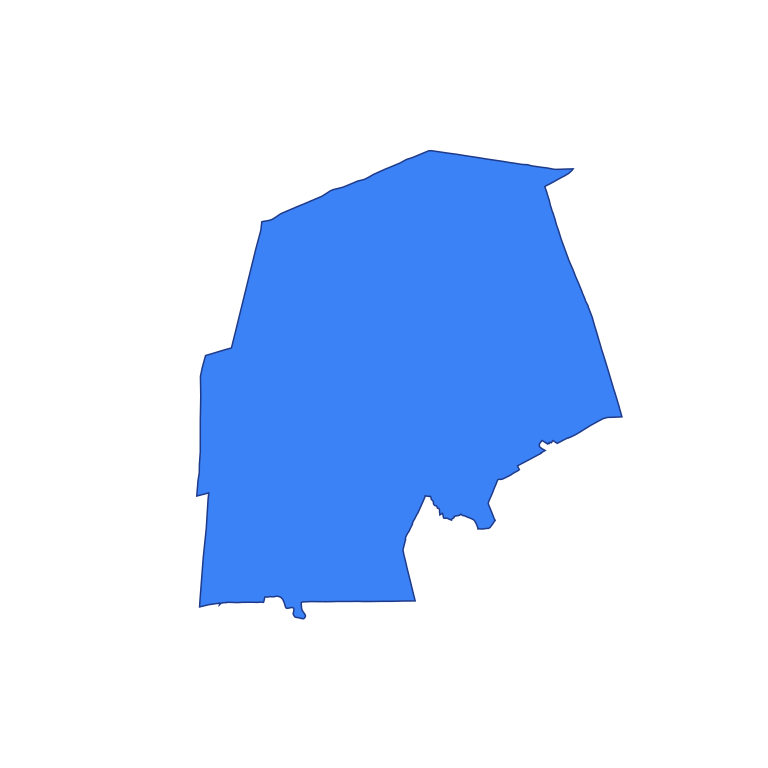 Gratia, Teleorman, Romania, rotated 149°
{"feature_id": "2599482B57030470282711", "entity_name": "Gratia", "entity_type": "district", "adm_level": 2, "iso_a3": "ROU", "parent_name": "Romania", "parent_adm1": "Teleorman", "projection": "mercator", "projection_center": [25.423, 44.436], "detail": "fine", "context": "isolated", "style": "filled", "palette": "blue", "viewbox_px": 768, "rotation_deg": 149, "n_neighbors": 0, "source": "geoboundaries", "source_scale": "gbopen_adm2", "svg_char_len": 6099}
<svg xmlns="http://www.w3.org/2000/svg" viewBox="0 0 768 768"><g transform="rotate(149 384 384)"><path d="M405.2,586.0L410.4,579.2L424.3,565.8L470.3,519.5L486.4,503.3L496.2,493.5L502.3,495.2L522.3,500.3L531.4,491.6L537.4,485.1L547.3,468.0L559.9,447.9L576.4,420.5L583.7,410.1L588.1,403.0L593.4,396.7L598.9,389.0L602.2,384.4L590.3,380.9L594.1,375.9L610.9,351.5L628.2,328.5L653.4,293.0L656.9,287.9L647.9,285.1L637.7,280.8L638.9,279.4L638.5,279.5L638.1,279.8L637.6,279.9L637.0,279.9L636.2,279.9L635.1,279.5L633.8,279.0L631.8,277.8L631.6,278.0L631.1,277.8L627.9,275.8L622.2,272.1L621.3,271.7L620.8,271.3L619.3,270.6L617.3,269.5L614.6,267.9L608.9,264.5L605.8,262.5L603.7,261.3L602.9,261.0L602.5,260.7L601.7,260.4L600.7,259.6L600.1,259.0L599.7,259.0L599.3,259.2L598.7,259.8L595.8,262.8L595.3,262.6L593.7,261.4L591.6,260.6L591.0,260.4L590.0,259.5L587.9,258.3L586.6,257.9L585.4,257.4L584.3,256.7L582.9,255.2L582.1,253.5L581.8,251.7L581.9,249.7L582.2,247.9L582.6,246.2L583.3,243.6L583.3,242.6L583.1,242.1L582.7,241.8L581.7,241.2L578.3,240.0L577.3,239.2L577.0,238.4L577.1,237.5L577.7,236.6L579.2,234.9L580.1,234.0L580.5,232.7L580.4,230.8L580.2,230.0L579.5,229.2L578.3,228.3L575.4,225.4L574.1,224.3L573.5,224.2L572.9,224.3L572.3,224.5L571.1,225.2L570.6,226.1L570.4,227.1L570.7,231.0L570.6,232.4L570.2,234.2L569.0,236.5L567.9,238.7L567.6,239.1L567.2,239.2L566.9,239.3L566.4,239.2L565.9,239.0L564.3,238.2L559.2,235.4L556.9,234.1L553.0,231.6L550.4,230.1L546.4,227.6L541.1,224.5L536.1,221.7L524.3,214.6L521.3,212.9L517.6,210.7L514.4,208.6L507.4,204.4L496.0,197.8L492.2,195.5L488.2,193.1L483.7,190.6L477.6,187.1L469.0,182.0L465.8,192.4L461.8,205.3L458.9,214.8L457.0,220.5L455.0,227.1L453.8,230.4L453.4,231.5L452.7,232.6L449.4,235.8L446.4,238.8L445.7,239.4L445.2,240.5L444.2,241.6L442.9,242.5L440.6,243.9L438.7,244.7L437.8,245.3L436.2,246.4L433.9,247.9L431.9,249.1L431.4,250.0L430.9,250.3L430.1,250.9L429.7,251.3L429.1,251.6L427.8,252.2L425.4,253.7L422.9,255.3L421.9,255.7L421.1,256.2L412.2,262.4L408.1,265.3L406.8,266.4L406.4,266.9L404.2,265.2L402.9,264.1L402.7,264.2L402.0,263.7L402.1,262.6L402.3,262.1L402.7,261.4L402.9,261.0L402.8,260.5L402.6,259.8L402.4,259.0L402.3,258.0L402.4,257.6L403.1,256.2L403.3,255.7L403.3,254.9L403.2,254.1L403.0,253.6L402.3,253.0L402.0,252.7L401.7,251.5L401.8,251.2L402.0,250.8L402.1,250.5L402.1,250.2L402.0,249.9L401.6,249.6L401.4,249.4L401.2,249.1L401.1,248.6L401.2,247.9L401.3,247.4L402.3,245.7L402.9,244.3L403.5,243.0L402.9,243.0L401.3,243.1L400.6,243.1L400.7,242.5L400.8,241.9L401.1,240.7L401.8,239.0L401.9,238.6L401.8,238.4L401.7,238.1L401.4,237.9L400.9,237.5L400.0,237.1L399.6,236.9L399.3,236.7L398.5,235.7L397.7,234.4L396.2,232.5L395.6,233.2L395.2,233.4L394.8,233.4L394.2,233.3L393.6,233.3L392.7,233.5L392.5,234.0L392.3,234.2L392.1,234.3L391.8,234.2L391.2,234.1L390.7,234.0L390.0,233.7L388.4,233.1L387.8,232.8L387.4,232.7L386.8,232.6L386.4,232.6L385.8,232.9L385.4,233.0L385.2,232.9L385.1,232.7L384.8,231.8L384.5,231.1L384.4,230.8L384.2,230.7L383.7,230.3L382.9,229.5L382.2,228.6L380.9,226.7L379.7,225.3L378.7,223.9L378.0,222.9L377.2,221.5L376.9,220.7L376.8,220.1L376.8,219.4L376.9,217.2L377.1,215.3L377.3,214.1L377.7,212.5L378.1,211.2L376.6,210.7L375.7,209.9L374.7,209.2L372.5,208.2L371.5,207.8L370.2,207.2L369.3,206.7L368.9,206.5L368.3,206.4L367.5,206.4L367.1,206.4L366.7,206.5L364.5,207.4L362.2,208.4L360.2,209.4L358.9,209.8L358.9,211.8L358.6,213.5L358.1,216.3L357.5,220.0L356.4,227.2L356.3,227.7L356.0,228.1L355.7,228.5L355.3,228.8L354.8,229.3L351.6,231.6L348.3,233.9L342.7,238.2L340.2,240.0L338.6,241.2L337.0,242.5L336.1,243.1L335.7,243.3L335.4,243.3L335.0,243.2L334.7,243.1L332.8,242.0L331.9,241.6L330.9,241.4L329.6,241.3L327.6,241.1L325.1,240.9L322.1,240.7L320.9,240.8L319.1,240.9L317.7,240.9L314.8,240.7L313.7,240.7L312.1,240.9L312.0,242.1L311.8,244.0L311.7,245.1L302.9,244.6L284.9,243.7L284.9,244.1L283.8,244.1L280.1,244.0L281.2,246.0L281.7,246.7L282.1,247.6L282.5,248.7L283.0,250.4L282.5,251.3L281.9,252.1L281.9,252.4L281.8,252.5L281.5,252.7L281.2,252.8L277.6,254.2L274.6,248.2L273.4,248.7L273.0,247.9L271.5,248.5L270.9,247.5L268.3,248.5L266.1,243.9L258.9,243.5L253.9,243.1L253.9,242.8L252.7,242.7L251.7,242.4L245.7,241.9L239.5,241.9L228.6,242.1L220.4,241.8L216.9,241.6L214.4,241.5L213.1,241.2L212.3,241.0L209.8,240.3L209.2,240.0L204.6,237.4L197.0,233.3L195.6,238.2L195.2,239.6L195.2,240.0L194.2,243.2L193.6,245.6L192.4,250.3L190.6,257.4L189.8,261.0L184.7,280.8L182.9,288.0L182.5,289.5L179.4,302.6L178.3,306.6L176.8,312.5L175.7,316.5L173.4,325.7L171.7,332.0L171.2,333.6L170.6,337.0L169.4,343.8L169.3,344.2L169.3,344.8L168.8,345.9L168.5,351.4L168.0,353.1L167.0,360.3L166.8,360.6L165.4,369.8L164.4,377.4L163.5,382.4L163.2,384.4L163.0,385.3L162.9,386.7L162.6,388.3L162.5,389.9L162.1,392.6L161.9,394.0L161.6,396.0L161.3,397.3L159.5,406.7L159.0,409.2L158.4,412.4L158.2,413.3L158.1,414.2L157.8,415.5L157.4,417.4L156.8,419.9L156.4,421.5L155.5,425.0L155.0,427.5L154.2,431.4L153.7,433.3L152.5,437.3L151.5,441.8L151.2,442.7L150.7,446.0L150.1,448.2L149.6,450.3L149.5,451.0L149.1,452.3L148.5,454.0L147.7,456.5L147.2,458.7L146.5,461.7L145.7,464.6L144.9,468.5L144.5,470.4L141.9,470.4L138.7,470.1L134.1,469.9L132.6,469.9L124.5,469.6L122.6,469.4L117.6,469.4L116.0,469.6L113.7,470.1L112.2,470.5L111.1,471.0L116.9,474.3L122.9,477.6L126.5,479.7L127.9,480.7L128.7,481.4L132.8,485.1L134.1,486.1L137.8,489.0L142.2,492.6L144.8,494.7L147.3,497.3L147.8,497.9L152.1,500.8L154.1,502.4L159.1,506.6L161.5,508.5L165.8,512.2L168.9,514.8L171.6,517.0L181.6,525.2L186.0,529.0L195.6,536.9L203.4,543.5L210.8,549.4L217.6,555.0L223.1,559.5L225.0,560.6L225.9,560.9L229.0,561.4L242.7,563.4L246.1,564.2L249.1,564.9L256.5,565.2L269.0,567.0L270.0,567.2L271.9,567.5L285.2,569.1L288.2,569.1L291.5,569.2L294.3,569.4L295.8,569.6L297.9,570.2L300.4,571.0L302.3,571.6L304.9,571.9L316.5,573.6L318.3,574.0L321.4,574.9L326.8,576.6L328.2,576.9L330.4,577.2L336.6,577.0L340.8,576.9L343.2,577.3L361.9,579.9L365.5,580.5L379.3,582.4L384.6,583.1L385.7,583.1L390.6,582.8L393.9,582.7L394.7,582.7L396.0,582.9L397.4,583.2L399.3,583.8L401.2,584.5L403.0,585.3L405.2,586.0Z" fill="#3b82f6" stroke="#1e3a8a" stroke-width="1.5"/></g></svg>